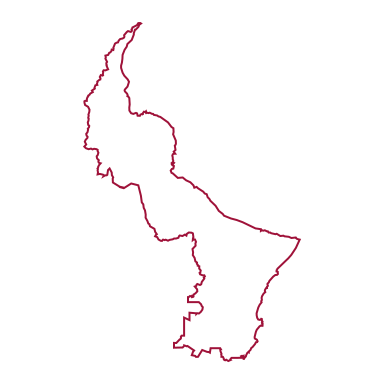 Waitaki District, Canterbury, New Zealand
{"feature_id": "76426892B29825208127723", "entity_name": "Waitaki District", "entity_type": "district", "adm_level": 2, "iso_a3": "NZL", "parent_name": "New Zealand", "parent_adm1": "Canterbury", "projection": "mercator", "projection_center": [170.369, -44.682], "detail": "fine", "context": "isolated", "style": "outline", "palette": "rose", "viewbox_px": 384, "rotation_deg": 0, "n_neighbors": 0, "source": "geoboundaries", "source_scale": "gbopen_adm2", "svg_char_len": 5949}
<svg xmlns="http://www.w3.org/2000/svg" viewBox="0 0 384 384"><path d="M105.4,55.6L105.8,57.6L105.4,58.6L107.1,61.9L106.3,63.1L106.4,64.4L106.8,65.1L106.5,65.6L108.1,69.3L105.4,70.4L103.6,70.3L102.9,71.5L103.2,72.6L102.8,74.0L103.1,75.2L102.6,75.6L100.8,75.1L99.8,77.0L100.5,78.3L100.3,79.5L99.4,79.8L97.3,81.5L97.5,82.2L96.9,83.8L97.3,84.9L95.4,85.3L94.5,87.8L94.8,88.6L91.9,90.6L92.8,92.1L90.2,93.6L89.6,94.7L88.2,95.6L88.2,96.5L87.5,97.1L86.9,98.7L86.8,100.9L85.2,100.8L84.4,101.3L84.5,102.9L85.1,105.0L88.1,106.8L89.5,109.7L89.3,111.9L88.4,114.7L88.7,115.7L88.2,117.9L88.7,118.7L88.4,120.9L87.8,122.3L88.2,124.9L89.2,125.7L89.2,126.2L89.0,127.2L87.8,128.8L88.1,129.6L87.5,132.2L86.2,133.9L86.6,135.6L87.6,136.8L87.4,137.9L85.6,139.9L84.8,141.7L86.2,144.5L84.3,146.6L85.9,148.2L88.6,149.2L91.0,148.6L92.5,149.4L94.1,148.8L96.6,149.2L97.7,149.9L97.6,151.0L98.4,152.7L97.6,155.3L96.8,156.1L96.7,156.6L97.1,158.5L98.8,160.2L98.4,161.2L98.5,162.1L99.1,162.9L100.6,163.3L99.2,164.9L98.2,166.7L98.1,167.8L97.5,168.5L97.9,169.3L97.6,170.4L98.0,172.3L97.6,174.4L99.8,173.9L103.1,174.7L104.0,175.3L103.5,176.3L105.1,175.4L106.7,175.3L107.3,174.8L108.0,170.1L109.6,168.5L111.7,172.5L111.9,175.2L113.2,177.4L112.7,178.6L112.9,182.5L119.7,186.7L121.9,187.2L121.3,187.5L123.8,188.2L131.2,183.5L138.3,185.3L140.9,195.7L141.8,202.4L143.3,204.4L143.7,207.8L145.0,210.4L145.7,214.6L145.6,217.7L147.5,221.2L148.3,223.5L149.4,224.2L150.0,226.3L154.4,228.8L155.2,231.9L156.8,234.2L155.8,235.0L155.1,236.3L157.2,237.1L158.5,239.5L160.8,240.8L162.0,240.9L162.9,239.7L163.4,239.7L164.7,240.1L165.7,239.7L168.0,240.7L169.5,239.9L172.8,239.3L174.1,238.5L176.1,238.5L178.4,237.8L179.0,236.2L179.7,235.5L182.5,236.0L184.9,234.6L186.4,235.6L186.8,233.9L188.8,232.5L191.6,232.7L192.9,233.4L193.4,237.3L193.0,238.0L192.8,240.1L193.8,239.3L195.0,239.5L196.0,241.9L195.4,243.4L195.6,245.7L192.5,249.0L193.1,252.4L192.8,255.1L194.6,257.9L195.4,261.4L197.0,262.5L196.8,263.7L197.8,264.9L197.7,265.7L199.3,266.3L199.2,268.6L200.7,270.4L200.3,272.5L199.6,272.9L200.1,274.3L202.8,275.4L204.3,275.3L204.9,276.4L203.8,277.6L204.3,278.6L201.8,281.9L201.2,284.3L200.0,285.0L197.3,284.0L196.6,284.6L196.2,286.0L194.8,286.5L197.1,289.3L197.3,291.4L195.4,293.4L193.5,294.6L193.5,296.0L192.5,295.9L192.9,296.9L191.9,297.2L191.5,296.5L190.0,296.0L188.7,297.1L188.0,297.1L188.0,302.1L198.8,302.1L201.1,304.3L201.6,305.8L202.8,307.2L202.4,309.6L200.8,311.9L198.9,313.5L197.1,313.2L196.3,314.0L196.3,313.3L189.5,312.7L189.5,320.1L184.1,317.6L184.1,335.7L181.6,335.7L180.9,336.6L181.0,338.0L180.4,339.1L179.7,339.4L176.3,343.0L174.0,342.9L174.0,347.7L182.6,347.5L184.2,345.9L184.2,345.4L186.8,346.3L187.5,346.0L194.1,350.5L193.0,351.8L191.8,355.2L195.2,355.9L195.8,356.8L196.6,356.9L198.0,356.8L202.2,350.0L207.1,351.9L208.7,352.0L209.9,352.7L210.6,348.2L220.2,348.2L220.6,348.9L220.0,348.8L220.6,349.4L220.3,349.8L220.4,351.0L221.5,353.8L221.2,354.5L221.5,355.2L221.4,356.8L222.9,356.9L223.8,358.6L223.8,359.4L224.4,360.0L225.2,360.3L226.2,359.7L228.3,361.0L230.6,360.0L230.2,359.7L230.3,359.3L231.5,357.9L242.0,357.8L241.1,356.2L242.0,355.8L243.0,356.5L243.1,356.3L242.8,356.2L243.6,355.8L243.6,359.7L244.1,358.4L245.9,356.4L246.1,355.4L247.3,352.9L248.0,352.3L248.8,352.5L248.7,351.6L250.5,349.9L251.2,348.1L252.5,347.1L255.0,344.1L255.9,342.3L257.1,342.1L257.6,341.3L256.9,339.7L254.8,338.5L254.6,337.1L255.9,331.8L256.8,329.7L259.6,326.3L261.0,325.5L262.1,325.6L262.5,326.6L262.6,323.6L262.1,323.5L261.9,322.8L262.5,321.8L262.1,321.5L262.2,321.0L261.8,320.4L261.9,319.1L261.2,318.8L260.7,319.5L259.8,319.9L258.2,319.5L257.2,317.8L256.7,315.5L256.6,313.3L258.3,307.5L259.7,304.7L261.6,302.3L261.2,301.2L261.9,299.9L261.6,297.9L262.0,296.3L263.6,293.6L265.3,292.1L264.8,291.0L265.1,289.7L266.1,288.1L267.0,288.0L266.9,286.9L267.9,285.8L267.4,284.1L267.6,283.6L268.8,282.4L269.4,280.9L273.2,276.6L275.3,275.0L277.0,274.9L277.9,274.0L277.7,271.0L277.6,271.7L276.6,271.5L276.6,270.9L277.3,271.1L276.6,270.8L277.4,268.8L288.4,258.2L291.3,254.9L295.9,247.9L299.7,239.6L297.2,239.0L295.7,237.9L296.1,237.9L295.8,237.5L291.4,238.0L288.8,236.8L284.4,236.3L283.5,235.7L280.3,236.0L276.7,233.8L275.5,234.2L271.1,233.2L270.2,232.5L268.6,232.5L267.8,231.3L267.1,231.4L264.8,230.3L263.1,230.7L262.0,230.2L260.9,230.9L260.9,229.2L255.5,228.4L242.6,222.2L236.7,220.0L231.0,218.5L224.0,215.7L222.8,214.0L218.8,210.9L215.6,205.8L210.4,200.8L209.3,198.8L207.7,197.3L206.7,194.2L204.7,193.5L203.3,191.7L197.9,188.2L196.6,186.9L194.3,187.7L193.5,185.4L190.4,182.3L186.1,180.3L182.7,177.5L177.8,177.9L172.8,173.4L171.5,172.8L170.7,170.6L171.8,169.0L173.3,168.6L173.9,166.0L172.3,165.1L171.7,164.2L171.7,163.3L173.4,163.6L174.0,162.9L172.6,162.2L173.2,161.5L173.2,160.3L172.8,159.6L172.7,157.0L172.3,155.7L172.8,154.3L173.5,153.8L175.2,153.7L173.7,151.7L175.5,149.9L174.8,145.6L175.6,144.7L175.9,143.7L175.8,140.6L173.1,134.3L173.6,132.0L173.4,128.2L171.5,127.0L168.0,122.4L160.3,116.9L158.4,116.4L157.2,115.5L153.9,114.9L153.1,113.9L151.9,113.8L149.7,112.7L148.4,113.1L146.9,112.7L146.1,113.1L145.8,112.7L146.2,111.9L146.0,111.3L145.3,112.1L143.9,111.7L142.8,113.3L142.9,114.1L142.5,114.3L142.1,113.9L140.5,114.6L139.9,115.8L137.6,115.7L137.1,113.4L136.0,112.9L133.3,113.9L131.1,113.2L129.4,110.6L129.3,107.4L129.7,104.5L129.3,98.1L128.4,96.7L127.4,96.2L127.7,95.3L127.1,93.7L125.0,91.5L124.6,90.6L124.8,89.6L127.5,86.6L129.0,81.8L127.7,79.4L124.3,75.7L122.6,72.7L121.1,67.9L121.1,65.6L121.9,62.7L122.4,58.9L122.6,54.9L124.6,49.8L126.7,46.7L127.4,44.0L131.7,40.0L133.8,34.6L133.8,33.3L135.0,29.7L135.6,29.7L138.4,26.9L139.3,24.7L141.0,23.5L140.2,23.0L138.3,23.1L136.9,25.2L132.4,27.5L132.2,28.8L131.5,29.4L131.9,30.6L131.6,31.4L130.8,31.9L128.0,31.1L126.8,32.0L124.1,35.2L124.4,36.6L124.1,37.5L122.6,38.5L120.2,39.0L118.7,40.6L118.0,42.4L116.5,42.7L115.0,43.6L113.3,47.9L113.6,48.6L113.3,50.0L111.7,49.6L111.3,51.3L110.1,52.5L109.2,52.8L108.2,54.9L105.4,55.6Z" fill="none" stroke="#9f1239" stroke-width="2"/></svg>